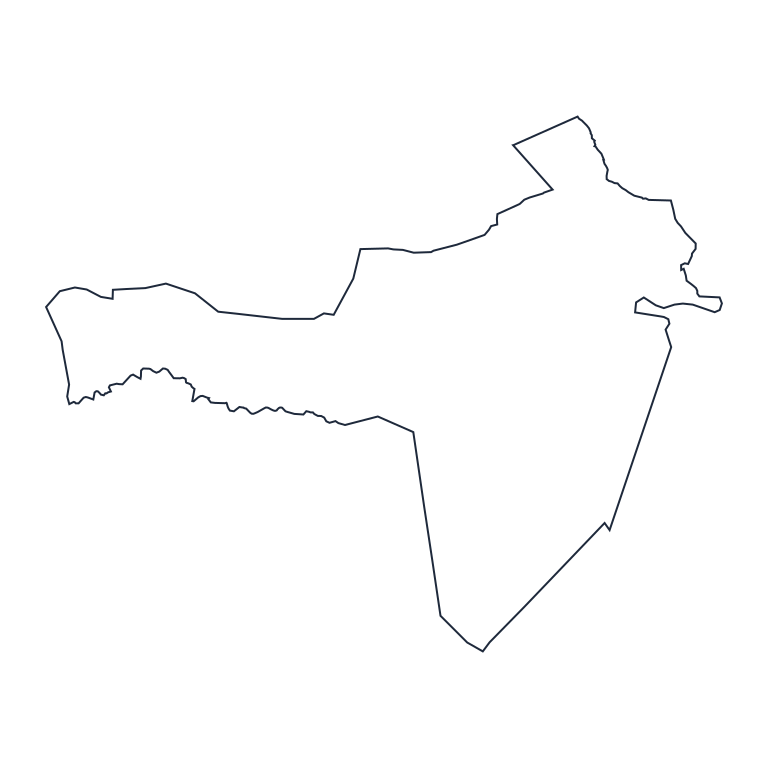 San Francisco Chindúa, Oaxaca, Mexico (orthographic projection)
{"feature_id": "50627088B18479476628960", "entity_name": "San Francisco Chindúa", "entity_type": "district", "adm_level": 2, "iso_a3": "MEX", "parent_name": "Mexico", "parent_adm1": "Oaxaca", "projection": "orthographic", "projection_center": [-97.323, 17.415], "detail": "fine", "context": "isolated", "style": "outline", "palette": "slate", "viewbox_px": 768, "rotation_deg": 0, "n_neighbors": 0, "source": "geoboundaries", "source_scale": "gbopen_adm2", "svg_char_len": 3356}
<svg xmlns="http://www.w3.org/2000/svg" viewBox="0 0 768 768"><path d="M670.9,200.5L648.7,199.9L645.8,198.4L643.0,198.7L641.9,197.6L634.3,195.7L628.4,192.2L625.7,190.1L622.3,188.2L619.8,186.0L617.6,183.4L614.5,183.1L611.8,181.7L608.9,180.9L607.6,179.8L606.7,179.2L606.6,175.9L607.4,171.5L607.8,169.9L607.1,168.0L605.9,165.8L604.5,163.8L603.3,159.8L603.9,159.7L601.4,153.7L597.7,149.7L595.5,146.4L594.5,146.2L595.3,144.7L594.2,141.8L594.8,140.7L591.9,138.3L591.8,135.2L590.6,133.3L590.7,132.3L589.0,128.3L586.8,125.5L582.7,121.4L582.2,120.8L579.0,118.7L577.6,116.6L513.5,145.1L513.1,145.2L552.6,189.6L544.0,192.6L542.9,193.5L529.7,197.5L524.3,199.7L519.9,203.8L518.8,204.4L497.4,214.1L496.9,219.0L497.2,224.3L497.2,224.5L491.1,226.1L489.0,229.7L484.6,234.9L478.7,237.0L456.8,244.7L433.5,250.7L431.1,252.1L413.7,252.7L402.9,249.9L393.3,249.4L388.1,248.4L360.4,249.1L353.3,278.6L333.7,314.8L323.9,313.4L313.9,318.9L282.4,318.9L236.6,313.7L218.2,311.7L195.0,293.3L165.9,283.6L145.3,288.1L126.8,289.0L112.9,289.8L112.6,298.8L100.9,296.9L86.7,289.5L74.9,287.5L59.8,291.2L46.1,307.0L61.6,341.3L62.7,349.9L69.1,384.6L67.2,396.5L69.3,404.1L73.7,401.9L74.7,402.2L75.7,403.3L78.6,403.3L83.6,397.7L85.8,397.0L87.1,397.3L87.9,397.5L93.3,399.5L93.6,397.9L94.6,392.5L96.3,391.2L97.8,391.3L99.3,392.7L100.6,394.2L100.9,394.6L103.8,395.3L105.3,393.3L106.5,393.4L108.1,392.3L110.9,391.5L109.8,389.2L108.9,387.3L109.9,385.4L116.7,383.7L118.9,384.1L122.6,384.3L130.6,375.6L133.1,374.6L133.9,375.1L137.1,377.0L140.5,378.8L140.9,376.5L141.1,370.5L143.2,368.5L149.1,368.7L150.5,369.1L153.1,371.1L156.4,372.7L159.3,371.6L162.9,368.5L165.2,368.7L167.7,369.9L168.9,371.7L171.6,375.3L173.7,378.2L179.2,378.3L179.9,378.3L182.6,377.7L184.1,378.1L185.7,379.1L186.0,382.2L186.5,382.8L188.5,383.4L190.8,384.5L191.7,386.7L193.4,388.2L194.5,388.9L192.3,401.1L193.6,401.3L195.5,399.7L198.2,397.4L200.5,396.1L202.7,395.9L207.0,397.6L209.0,398.1L208.3,399.1L210.8,402.4L214.9,402.9L225.0,403.2L226.4,402.8L226.7,403.1L227.7,406.6L228.5,408.5L229.9,410.6L233.9,411.3L239.4,407.0L242.5,407.5L243.1,407.5L243.6,407.6L244.1,408.1L246.2,408.6L249.1,411.6L250.4,412.9L251.7,413.7L253.3,413.8L254.5,413.4L257.7,412.0L262.1,409.5L264.4,408.2L265.8,407.5L267.5,407.6L268.6,408.0L270.7,409.2L273.0,410.3L274.5,410.8L275.6,410.8L276.7,410.4L277.4,409.4L278.9,408.0L280.0,407.5L281.1,407.5L282.2,407.8L283.4,409.1L285.5,411.3L287.6,412.0L289.8,412.6L294.3,413.9L299.0,414.2L303.4,414.5L306.3,411.2L309.0,411.8L310.6,412.4L312.9,412.4L314.3,414.0L317.8,415.9L321.2,416.0L324.2,417.6L326.3,421.3L329.5,422.8L335.5,421.1L338.4,423.1L345.0,425.0L377.8,416.5L413.3,432.1L424.1,506.2L432.5,561.7L440.5,615.8L467.2,642.5L482.8,651.4L489.6,642.3L524.3,606.9L604.6,523.0L609.6,530.1L671.2,347.1L668.8,339.7L667.0,334.0L665.6,329.6L669.4,323.7L668.6,320.5L668.5,319.9L668.3,319.2L663.9,317.0L660.5,316.4L648.4,314.5L635.1,312.4L635.7,306.3L636.1,302.4L643.8,297.5L655.8,305.3L663.8,308.1L674.5,304.6L682.6,303.6L683.1,303.6L692.7,304.6L714.7,312.2L719.7,310.0L721.9,303.4L719.6,297.4L699.4,296.4L697.3,293.6L697.3,290.9L696.0,288.1L693.6,286.0L691.2,284.1L686.6,280.7L685.8,275.4L683.7,268.8L681.2,270.0L681.1,265.1L684.8,263.3L688.1,264.0L691.8,256.1L692.0,253.6L695.6,248.9L695.7,243.5L685.3,232.9L681.0,226.4L677.7,222.9L675.2,218.8L673.3,209.7L670.9,200.5Z" fill="none" stroke="#1e293b" stroke-width="2"/></svg>